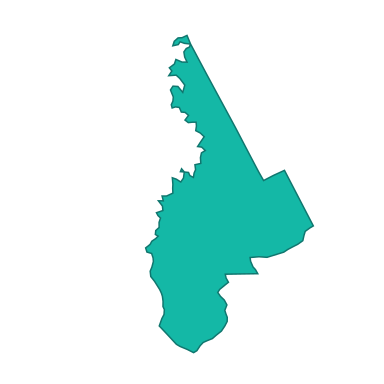 the district of Nova Santa Rosa, Paraná, Brazil, rotated 62°
{"feature_id": "56859067B51788434732632", "entity_name": "Nova Santa Rosa", "entity_type": "district", "adm_level": 2, "iso_a3": "BRA", "parent_name": "Brazil", "parent_adm1": "Paraná", "projection": "orthographic", "projection_center": [-53.986, -24.449], "detail": "fine", "context": "isolated", "style": "filled", "palette": "teal", "viewbox_px": 384, "rotation_deg": 62, "n_neighbors": 0, "source": "geoboundaries", "source_scale": "gbopen_adm2", "svg_char_len": 2025}
<svg xmlns="http://www.w3.org/2000/svg" viewBox="0 0 384 384"><g transform="rotate(62 192 192)"><path d="M193.6,233.1L196.9,233.1L200.2,232.0L203.3,235.3L207.9,237.7L209.0,242.1L212.3,244.3L215.1,242.6L216.1,245.9L216.6,250.6L218.6,253.6L219.6,259.2L223.9,260.0L227.3,256.5L231.9,257.3L235.2,258.7L239.5,262.7L242.3,266.1L247.3,268.1L253.3,267.0L262.9,266.3L266.9,266.5L270.2,267.1L275.0,268.9L279.5,271.4L282.8,271.6L287.0,274.2L289.6,278.0L294.9,283.8L306.2,280.7L319.1,277.3L322.7,275.1L328.9,270.0L334.6,266.0L334.4,262.2L331.5,256.9L330.1,252.7L330.4,248.3L331.0,242.8L329.8,237.8L328.6,231.3L325.7,225.9L322.8,221.7L319.2,219.7L315.7,219.3L311.9,218.6L308.1,214.2L302.6,214.2L297.4,215.9L292.8,216.4L291.0,213.3L289.7,206.9L288.8,202.2L283.9,202.3L280.2,201.2L295.0,172.3L290.3,172.4L286.8,173.3L280.8,172.8L277.1,171.5L280.6,163.3L284.9,156.4L288.2,139.2L287.7,134.3L287.7,129.1L287.8,123.0L287.0,117.0L282.9,113.5L279.9,110.5L279.1,105.0L278.9,100.8L216.3,100.2L215.6,112.1L215.5,123.4L205.4,123.7L183.4,123.6L155.3,123.4L112.8,123.7L93.6,123.8L60.7,123.8L62.8,126.3L62.6,129.7L64.5,133.4L69.4,135.1L75.0,135.4L72.6,139.8L67.4,144.0L70.7,147.4L71.7,153.7L75.7,153.0L78.4,157.9L81.4,151.1L85.9,149.5L94.2,148.2L99.7,153.4L92.2,154.9L89.6,159.1L91.8,163.1L99.3,163.9L102.8,166.2L105.2,169.3L108.5,170.1L109.1,166.6L111.4,163.5L116.4,163.9L118.5,160.7L122.7,159.1L125.2,164.4L129.0,162.7L130.6,158.8L132.3,155.6L135.8,157.1L139.6,159.9L143.8,157.0L148.9,155.3L152.1,161.4L154.5,165.7L156.9,162.4L161.6,160.8L161.9,165.3L165.6,168.4L170.9,170.8L169.3,176.6L174.0,178.4L176.3,181.3L179.8,183.9L176.5,186.2L173.1,185.9L170.7,189.4L175.7,193.0L177.9,197.2L173.2,199.9L170.2,202.7L176.3,205.3L179.6,207.3L184.0,209.4L183.6,216.3L181.5,220.3L186.3,221.5L184.0,225.8L190.5,224.7L194.7,226.4L193.6,233.1ZM60.7,123.8L51.4,122.9L51.1,128.3L49.4,132.0L50.6,136.9L53.9,140.3L55.4,134.9L53.8,132.0L57.2,128.9L60.7,123.8ZM170.7,189.4L166.6,190.3L168.6,192.7L170.7,189.4Z" fill="#14b8a6" stroke="#0f766e" stroke-width="1.5"/></g></svg>